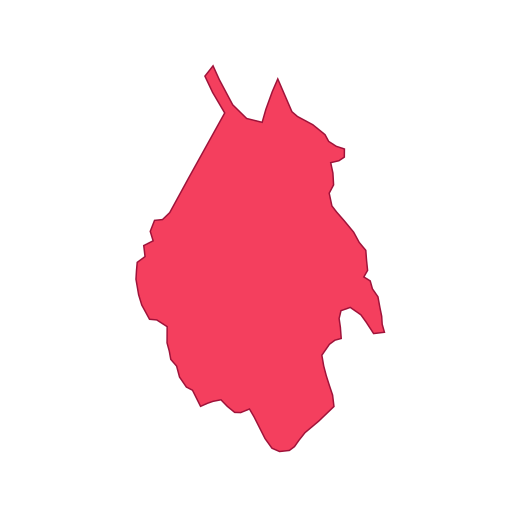 the district of Jesúpolis, Goiás, Brazil, rotated 336°
{"feature_id": "56859067B61262762044018", "entity_name": "Jesúpolis", "entity_type": "district", "adm_level": 2, "iso_a3": "BRA", "parent_name": "Brazil", "parent_adm1": "Goiás", "projection": "equal_earth", "projection_center": [-49.407, -15.96], "detail": "fine", "context": "isolated", "style": "filled", "palette": "rose", "viewbox_px": 512, "rotation_deg": 336, "n_neighbors": 0, "source": "geoboundaries", "source_scale": "gbopen_adm2", "svg_char_len": 1331}
<svg xmlns="http://www.w3.org/2000/svg" viewBox="0 0 512 512"><g transform="rotate(336 256 256)"><path d="M144.2,370.8L151.7,370.8L157.7,371.3L165.5,373.1L168.6,381.6L172.9,390.2L178.3,392.8L187.8,393.1L188.8,402.1L190.0,426.5L192.4,438.1L198.0,444.2L207.4,447.2L213.6,445.8L220.3,441.8L228.9,437.3L246.3,432.3L266.0,425.2L269.4,414.2L270.3,404.7L271.5,393.9L273.1,384.1L275.8,373.4L287.2,366.5L293.9,365.0L300.3,366.0L304.0,355.7L306.5,346.9L311.4,340.5L321.2,341.3L327.9,352.4L329.7,361.0L331.9,374.7L342.3,377.9L343.5,369.7L346.3,362.2L348.2,353.6L350.8,342.9L349.0,333.4L350.2,325.2L346.0,319.0L352.1,314.5L355.2,305.0L358.6,295.5L355.8,285.6L354.9,274.0L350.9,259.6L347.5,248.6L345.7,241.1L348.4,228.4L355.8,222.6L360.0,211.5L362.2,201.1L370.5,202.7L376.9,201.6L380.3,194.2L373.9,188.4L369.0,180.9L368.4,173.2L361.3,159.2L350.6,145.4L347.5,138.8L347.9,103.1L337.7,112.5L324.6,126.1L316.0,136.4L303.4,126.6L296.2,108.4L294.2,80.0L294.1,64.8L282.5,70.9L282.9,89.0L285.6,112.6L226.5,157.1L194.8,181.3L185.4,184.7L177.8,182.2L169.4,190.5L168.2,200.3L157.7,200.8L154.4,211.4L144.9,213.5L141.0,220.5L136.9,228.4L133.0,243.7L131.7,254.3L133.0,270.5L139.3,274.0L146.1,284.4L139.4,299.2L138.1,307.6L136.1,315.8L138.7,324.3L136.9,335.5L139.1,347.4L143.4,352.8L144.2,370.8Z" fill="#f43f5e" stroke="#9f1239" stroke-width="1.5"/></g></svg>